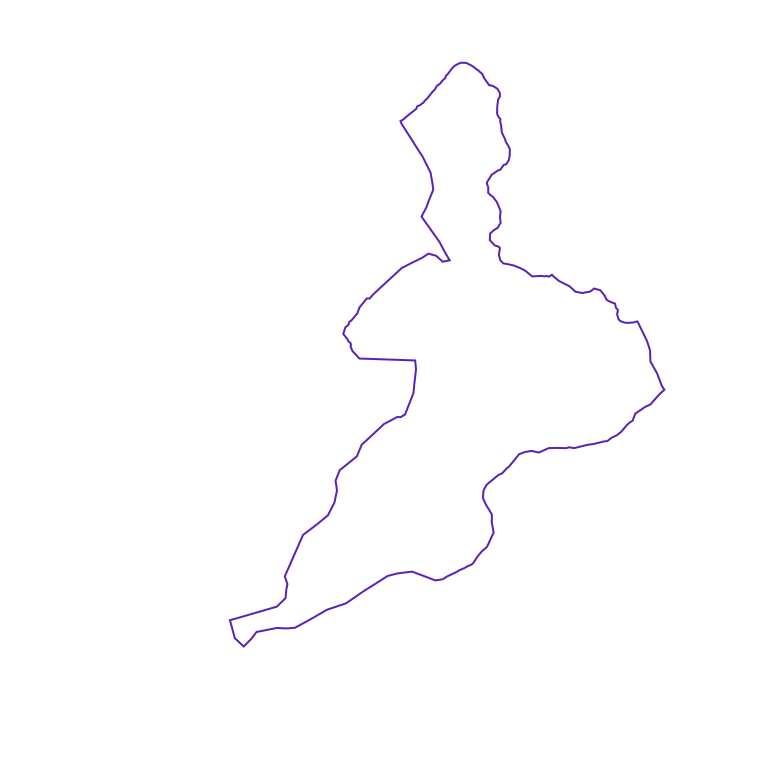 outline of Lafia, Nassarawa, Nigeria, rotated 319°
{"feature_id": "59680162B86357482908219", "entity_name": "Lafia", "entity_type": "district", "adm_level": 2, "iso_a3": "NGA", "parent_name": "Nigeria", "parent_adm1": "Nassarawa", "projection": "albers", "projection_center": [8.783, 8.712], "detail": "fine", "context": "isolated", "style": "outline", "palette": "violet", "viewbox_px": 768, "rotation_deg": 319, "n_neighbors": 0, "source": "geoboundaries", "source_scale": "gbopen_adm2", "svg_char_len": 4342}
<svg xmlns="http://www.w3.org/2000/svg" viewBox="0 0 768 768"><g transform="rotate(319 384 384)"><path d="M156.7,509.5L173.5,513.2L193.0,517.0L200.7,520.2L211.4,524.6L229.2,526.6L235.7,527.4L236.0,527.5L260.9,531.3L269.9,535.8L282.2,544.1L293.9,565.9L300.0,569.8L305.6,570.7L314.3,573.2L318.3,573.9L324.4,575.8L327.7,576.4L331.0,577.6L333.3,577.8L336.1,577.1L341.3,575.6L342.0,575.4L342.3,575.4L344.6,575.0L347.9,574.5L350.2,574.5L354.7,574.5L354.8,574.5L358.7,572.8L361.3,571.6L364.2,570.3L369.2,568.1L371.0,565.2L373.6,560.8L374.8,558.8L376.0,557.5L377.7,555.7L379.9,553.1L380.0,552.6L380.1,551.7L380.9,547.3L381.7,542.2L382.2,540.4L383.8,535.0L386.2,532.6L389.5,529.5L392.8,528.3L395.4,527.4L397.4,527.4L399.3,527.4L400.7,527.5L402.9,527.5L404.2,527.6L406.3,527.6L410.4,527.7L414.8,528.9L419.7,528.4L421.8,528.2L422.9,528.3L424.4,528.3L427.5,527.8L432.3,527.0L434.5,526.6L436.6,526.2L438.0,526.0L439.9,525.6L443.0,526.8L445.6,527.7L447.9,529.1L451.2,531.1L452.2,532.3L452.4,532.6L452.6,532.9L453.6,534.2L456.0,537.4L460.1,538.6L466.2,540.4L468.5,542.3L472.1,545.3L473.1,546.2L474.9,547.8L476.3,549.1L479.3,551.9L482.2,553.2L485.3,557.0L488.1,558.5L496.3,562.7L498.1,563.7L499.2,564.4L502.6,566.7L505.4,568.1L508.6,569.8L512.6,571.8L515.0,573.6L517.2,573.7L519.3,573.8L520.9,573.9L522.1,574.3L526.0,575.4L531.7,575.7L533.5,575.4L535.6,575.1L537.6,574.8L540.6,574.3L542.6,574.3L544.6,574.3L547.5,574.8L549.0,574.0L554.4,571.2L558.8,571.7L561.5,572.1L563.6,572.3L564.9,572.5L566.6,572.7L571.4,574.2L574.6,573.8L576.4,573.6L578.6,573.3L579.9,573.1L583.4,572.7L585.4,572.4L586.9,572.4L589.7,572.3L591.8,572.3L592.5,567.4L597.0,555.4L599.9,541.7L606.7,533.4L610.7,524.2L616.3,503.2L615.6,502.5L613.1,501.5L611.6,500.5L608.1,497.8L606.0,495.7L603.6,491.5L603.5,489.1L605.7,484.2L609.0,481.8L609.1,478.7L610.3,476.4L611.1,474.8L610.4,473.6L608.5,470.2L608.1,468.8L607.2,466.4L608.5,462.2L608.7,455.1L606.9,452.3L605.2,449.8L600.5,449.6L596.9,447.5L593.4,445.5L589.0,439.9L588.2,432.1L586.7,428.6L585.0,424.3L583.6,420.9L583.3,418.8L582.9,416.3L582.5,414.5L582.4,411.7L579.1,411.3L577.5,409.1L575.7,408.0L573.5,405.5L571.0,403.6L570.0,402.8L569.8,402.6L566.4,400.0L565.1,392.2L564.4,389.7L562.5,385.2L559.6,379.6L556.0,374.7L553.1,371.2L553.0,366.7L555.5,361.8L557.5,360.1L558.4,359.4L560.6,357.6L560.7,355.7L558.5,352.1L558.2,345.0L560.2,342.8L562.7,340.1L567.3,339.9L569.5,340.2L572.4,340.7L575.5,339.5L577.8,338.9L581.2,333.9L585.3,330.2L587.7,323.5L588.6,320.2L588.9,315.1L588.9,313.3L588.3,311.6L588.1,308.0L591.5,304.3L592.5,301.9L593.6,299.5L598.2,298.1L602.8,296.7L609.9,297.6L612.3,298.6L616.2,297.7L618.1,297.2L620.5,298.3L625.1,296.9L628.5,294.3L629.6,293.1L633.0,289.4L634.0,285.8L634.9,281.0L636.0,278.5L638.0,271.3L642.4,265.2L643.4,262.8L645.7,260.3L645.6,257.9L646.6,254.3L651.0,249.4L656.6,244.3L660.1,243.0L662.3,240.5L663.3,235.7L661.9,231.0L660.6,228.7L659.4,227.6L660.2,219.2L661.6,214.3L661.1,211.9L661.0,209.7L660.6,208.2L659.3,202.0L656.7,195.6L655.2,194.2L653.1,192.2L651.5,191.5L650.7,191.2L648.7,190.8L645.9,190.2L642.4,190.4L635.5,191.9L633.1,192.0L630.9,193.3L628.5,193.3L626.1,193.5L624.0,194.1L621.2,193.9L619.2,193.8L617.8,194.3L615.7,195.2L614.1,195.2L612.2,195.3L608.6,196.0L605.0,196.7L602.9,196.9L600.1,197.0L598.4,197.6L596.6,197.2L594.7,197.3L591.2,196.2L588.9,197.5L584.0,197.3L576.0,196.9L572.5,197.1L568.9,196.4L568.0,198.9L564.6,221.9L563.5,228.8L562.4,237.3L557.8,255.1L551.9,264.8L548.5,269.8L538.1,275.0L532.0,278.4L522.1,282.3L519.1,313.0L516.4,324.6L514.7,333.7L508.5,330.2L507.5,321.5L503.1,314.8L495.6,313.8L483.2,310.5L473.3,308.1L434.2,309.3L429.3,310.1L427.1,308.1L420.5,309.3L415.6,310.2L410.4,313.1L403.6,314.3L400.2,314.7L398.9,314.2L396.1,316.0L392.0,315.9L386.1,319.5L385.8,326.2L385.2,328.3L385.6,331.0L385.0,332.6L383.4,333.6L381.8,338.5L382.1,344.1L382.1,348.6L423.0,386.7L417.7,394.0L405.9,404.8L400.2,410.2L379.9,420.8L375.0,420.0L372.1,417.5L364.5,415.8L357.9,414.2L338.4,414.9L327.3,415.2L316.1,420.8L302.1,420.3L294.1,420.0L290.0,422.1L284.0,425.2L278.7,433.5L268.6,441.1L264.8,442.6L263.5,443.1L255.6,446.3L242.3,446.0L236.0,445.6L223.9,444.8L182.9,464.1L179.8,471.7L175.4,475.1L169.2,481.0L157.0,481.7L112.7,461.2L110.7,465.5L104.7,477.9L105.9,490.1L116.5,489.3L125.1,487.5L133.4,492.3L143.1,497.8L149.6,504.1L156.7,509.5Z" fill="none" stroke="#5b21b6" stroke-width="2"/></g></svg>